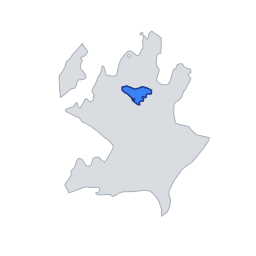 Goranboy District, Goranboy, Azerbaijan (highlighted), rotated 73°
{"feature_id": "54616110B75141866412524", "entity_name": "Goranboy District", "entity_type": "district", "adm_level": 2, "iso_a3": "AZE", "parent_name": "Azerbaijan", "parent_adm1": "Goranboy", "projection": "equal_earth", "projection_center": [46.678, 40.575], "detail": "fine", "context": "in_parent", "style": "filled", "palette": "blue", "viewbox_px": 256, "rotation_deg": 73, "n_neighbors": 0, "source": "geoboundaries", "source_scale": "gbopen_adm2", "svg_char_len": 5292}
<svg xmlns="http://www.w3.org/2000/svg" viewBox="0 0 256 256"><g transform="rotate(73 128 128)"><path d="M172.7,203.5L171.7,203.4L164.8,205.1L163.3,204.6L157.3,196.7L156.1,195.9L153.5,195.5L152.0,194.2L150.8,192.1L150.0,190.6L143.9,186.3L142.9,184.8L142.8,183.4L143.7,182.2L144.7,181.2L147.7,180.1L151.2,179.2L152.3,178.5L152.9,177.4L152.9,175.6L152.3,173.8L147.2,170.6L146.7,169.2L146.5,167.5L146.8,165.7L147.5,164.3L151.6,162.4L153.8,160.5L152.4,158.3L148.0,153.3L142.7,147.8L139.2,147.8L135.2,149.4L128.8,154.1L125.2,156.1L120.5,159.4L115.5,163.1L111.3,167.0L108.7,170.2L104.1,171.6L101.8,174.4L94.1,182.5L91.9,182.4L91.7,178.4L91.9,175.2L91.4,173.3L88.9,170.8L88.8,169.7L89.5,169.0L91.4,169.4L93.9,169.3L95.1,168.3L92.4,165.0L90.1,162.7L88.1,161.2L87.7,160.3L87.7,159.7L88.1,158.9L91.5,157.1L91.8,155.4L91.6,153.6L86.2,150.8L82.2,151.8L78.5,148.7L76.2,146.3L73.3,143.7L70.8,142.3L68.3,139.1L64.0,135.8L61.2,134.8L61.3,134.3L61.8,133.7L62.9,133.2L70.6,133.3L71.6,132.7L72.0,131.3L73.1,129.2L74.3,126.1L74.2,123.5L66.6,119.3L61.0,115.4L57.2,110.3L54.6,105.7L54.7,104.1L55.4,102.6L61.4,98.4L61.8,97.3L61.7,96.5L59.6,94.3L56.9,92.1L56.1,90.4L54.4,89.6L51.2,89.5L45.7,86.7L44.5,86.5L44.2,85.9L44.5,85.4L48.5,84.2L48.4,83.3L47.2,82.1L45.0,81.2L42.9,79.0L42.2,77.0L49.5,71.3L51.6,70.1L56.3,71.2L66.1,75.0L65.4,77.1L66.4,78.3L68.7,79.9L73.0,81.6L76.6,82.4L78.5,81.7L81.3,81.1L84.9,83.0L88.3,85.4L90.0,86.4L90.9,86.7L93.4,85.9L96.5,82.8L97.7,79.0L98.0,77.2L96.3,74.7L92.6,72.0L88.5,69.7L85.8,67.6L84.1,63.4L82.4,63.0L82.0,62.4L81.7,61.0L81.8,59.1L82.4,57.6L84.0,56.9L85.7,56.7L87.3,55.2L89.2,52.4L90.0,50.9L93.6,51.7L94.0,54.3L94.7,54.8L96.2,54.5L98.6,53.4L100.6,54.3L103.1,57.3L106.7,60.5L108.6,62.6L109.3,64.1L111.1,65.5L113.7,67.2L115.8,69.8L117.7,76.0L119.6,77.4L126.4,79.7L128.8,80.2L135.4,81.0L137.8,80.5L141.2,75.2L144.2,69.7L147.1,68.6L152.3,65.9L155.3,63.4L156.6,60.8L159.5,55.7L161.3,52.9L164.4,55.4L169.7,62.2L177.4,73.4L179.3,76.6L180.6,80.2L181.7,84.7L183.5,88.6L191.3,98.6L194.7,102.2L200.2,107.0L202.2,108.1L204.7,108.4L209.4,108.4L213.7,110.2L215.9,111.6L218.1,113.4L220.1,115.6L222.2,121.5L214.7,119.6L207.1,119.9L202.9,121.1L198.8,122.8L194.9,125.3L192.4,130.0L190.5,140.9L187.6,151.2L187.7,155.9L189.1,160.5L189.0,162.7L187.6,163.6L185.9,165.6L183.6,175.0L182.5,176.9L181.0,178.1L180.6,177.0L180.6,174.5L177.3,172.3L175.6,174.7L174.4,180.0L172.0,185.5L171.9,186.5L172.7,203.5ZM60.5,106.7L60.8,105.2L59.9,104.5L58.9,104.5L58.0,105.2L58.0,107.1L59.2,107.4L60.5,106.7ZM35.4,149.3L34.3,147.8L33.8,147.0L37.1,146.3L42.7,144.2L44.2,145.2L45.8,147.3L46.6,149.1L46.7,152.3L47.4,152.9L50.1,151.8L51.3,153.1L53.4,154.7L57.0,156.2L62.2,153.8L64.8,153.2L66.9,153.2L68.1,154.0L68.4,156.5L68.0,159.7L67.4,161.4L68.5,162.7L72.8,165.7L74.5,167.4L73.7,170.3L76.8,177.5L77.9,180.3L79.1,183.7L72.6,182.4L60.8,179.5L57.6,178.0L54.6,174.0L52.8,172.1L50.1,169.6L47.9,168.7L46.2,166.9L45.3,164.4L43.9,162.1L41.5,159.4L36.1,150.3L35.4,149.3ZM42.9,88.6L42.2,89.1L41.1,88.6L40.7,87.5L40.8,86.3L41.9,86.0L42.8,86.4L43.1,87.4L42.9,88.6Z" fill="#d9dde1" stroke="#a8b0b8" stroke-width="1"/><path d="M102.0,95.7L101.8,95.6L99.8,94.9L99.0,94.6L99.0,94.8L97.9,95.2L96.5,96.9L95.7,97.7L95.3,98.1L94.7,98.7L94.9,99.3L94.7,99.7L94.4,100.0L94.1,100.1L93.5,100.6L93.2,101.0L93.1,101.7L92.9,102.2L92.8,102.8L92.5,103.2L92.8,103.6L92.9,104.1L93.0,105.0L93.0,105.3L93.0,106.2L93.0,107.3L92.9,108.3L92.8,109.1L92.7,109.9L92.4,110.8L92.1,111.2L91.9,111.5L91.7,111.7L91.4,112.1L91.0,112.2L90.9,112.7L90.6,113.0L90.1,113.5L89.8,113.8L89.6,114.1L89.2,114.4L89.2,114.9L89.0,115.4L88.7,115.6L88.4,115.9L87.8,116.4L87.5,116.6L87.3,117.2L87.3,117.8L87.3,118.4L87.4,119.2L87.6,119.9L87.6,120.3L87.5,120.5L87.2,120.7L87.0,121.0L86.9,121.3L87.1,121.5L87.4,121.7L87.8,121.8L88.2,122.0L88.5,122.2L88.9,122.2L89.3,122.3L89.7,122.4L90.2,122.4L90.6,122.3L91.0,122.1L91.3,122.0L91.5,121.6L91.8,121.4L92.2,121.2L92.5,121.0L92.9,120.7L93.4,120.6L93.7,120.3L94.2,120.0L94.4,119.4L94.6,119.1L94.8,118.8L95.1,118.5L95.7,118.3L96.1,118.1L96.6,118.0L97.0,117.7L97.4,117.4L97.8,117.2L98.2,116.9L98.5,116.7L98.9,116.4L99.5,116.1L99.8,116.1L100.0,115.9L100.4,115.7L100.9,115.8L101.4,115.7L102.0,115.7L102.5,115.6L102.9,115.5L103.4,115.5L103.6,115.2L104.2,114.7L104.6,114.4L105.0,114.2L105.4,114.1L105.9,113.9L106.2,113.5L106.5,113.1L106.7,112.7L107.2,112.5L107.4,112.3L107.8,112.2L108.3,112.2L108.4,111.7L108.7,111.2L109.0,110.7L109.2,110.2L108.8,109.8L108.4,109.7L107.7,109.8L107.4,109.9L106.8,109.9L106.5,109.7L106.3,109.3L106.1,108.8L106.2,108.0L106.2,107.9L106.3,107.4L106.4,107.0L106.7,106.4L106.7,105.9L106.5,105.5L106.3,105.3L105.8,105.0L105.4,104.9L104.9,104.7L104.3,104.7L103.8,105.2L103.4,105.4L102.9,105.6L102.4,105.3L102.4,104.8L102.5,104.1L102.8,103.7L103.1,103.4L103.5,103.1L103.8,102.9L104.1,102.6L104.2,102.4L104.0,101.8L103.7,101.6L103.4,101.4L103.0,101.2L102.6,101.2L102.1,101.0L101.7,100.8L101.4,100.7L101.2,100.3L101.1,99.9L101.1,99.5L101.2,99.1L101.4,98.6L101.5,98.3L101.7,97.9L101.9,97.4L102.0,97.0L102.0,96.5L101.9,95.9L102.0,95.7ZM102.3,113.2L102.5,113.3L102.9,113.5L103.1,113.7L103.2,113.9L103.3,114.3L103.1,114.5L102.8,114.8L102.4,115.0L102.1,114.9L101.8,114.7L101.6,114.5L101.6,114.3L101.5,114.1L101.5,113.9L101.5,113.7L101.9,113.4L102.2,113.2L102.3,113.2Z" fill="#3b82f6" stroke="#1e3a8a" stroke-width="1.5"/></g></svg>